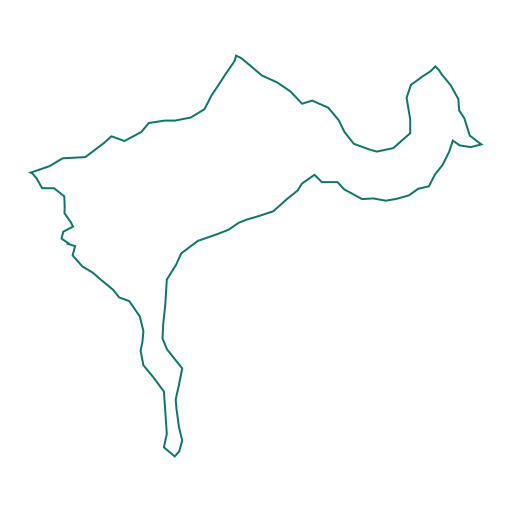 Armou, Paphos, Cyprus
{"feature_id": "46923920B18144204603704", "entity_name": "Armou", "entity_type": "district", "adm_level": 2, "iso_a3": "CYP", "parent_name": "Cyprus", "parent_adm1": "Paphos", "projection": "equal_earth", "projection_center": [32.488, 34.792], "detail": "fine", "context": "isolated", "style": "outline", "palette": "teal", "viewbox_px": 512, "rotation_deg": 0, "n_neighbors": 0, "source": "geoboundaries", "source_scale": "gbopen_adm2", "svg_char_len": 1538}
<svg xmlns="http://www.w3.org/2000/svg" viewBox="0 0 512 512"><path d="M67.8,243.8L75.1,246.1L72.6,255.4L82.4,266.5L93.0,272.8L99.2,278.3L113.2,289.9L119.2,297.4L129.3,301.2L139.9,316.6L143.4,331.1L142.4,342.1L140.6,350.7L143.4,365.3L153.1,377.0L163.9,391.6L165.3,411.6L166.8,434.0L163.9,447.3L174.7,456.4L179.3,451.3L182.2,440.3L179.0,427.3L176.5,409.2L175.7,399.4L178.6,386.5L182.2,368.4L167.1,349.5L162.5,338.5L163.2,324.0L165.3,304.8L166.8,279.6L176.1,264.7L181.2,253.4L197.8,240.9L218.2,233.8L228.8,229.6L238.7,222.8L246.9,219.5L258.4,216.2L273.4,211.2L286.9,199.1L297.7,190.4L301.9,183.6L314.5,174.8L321.8,182.1L337.5,182.1L344.1,189.3L362.1,199.1L373.3,198.4L385.7,200.7L388.1,200.3L396.3,198.9L408.9,195.4L418.1,188.8L428.9,186.3L435.1,174.3L442.5,165.0L449.1,151.9L452.8,140.6L459.7,145.4L470.7,147.1L481.3,144.4L469.8,135.6L464.3,118.2L459.2,110.5L458.3,99.0L450.7,85.3L441.4,73.9L438.9,70.0L435.4,66.4L430.6,71.2L422.7,76.3L410.9,84.9L406.6,97.9L410.2,119.1L410.2,133.2L393.3,148.1L376.8,151.6L370.0,149.7L353.8,143.8L344.5,132.0L338.7,120.2L328.3,107.7L312.2,100.6L302.1,103.7L290.6,91.6L277.3,82.5L261.9,75.5L241.4,58.2L236.1,55.6L234.6,61.0L225.7,73.9L217.8,86.1L211.7,95.1L204.5,109.2L190.8,117.5L175.0,120.6L164.6,120.6L148.8,123.0L141.3,132.0L124.4,141.0L111.5,136.3L104.0,143.0L85.3,157.1L62.7,158.3L49.4,166.2L30.7,172.6L32.2,173.2L36.7,178.5L42.1,188.2L54.0,188.2L64.3,196.4L64.7,207.4L64.5,213.2L70.8,222.2L73.0,226.6L63.3,231.7L61.5,238.6L68.4,243.2L67.8,243.8Z" fill="none" stroke="#0f766e" stroke-width="2"/></svg>